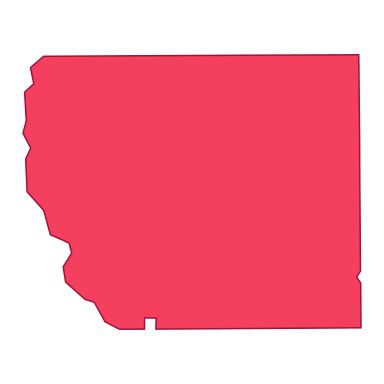 the district of Coosa, Alabama, United States of America
{"feature_id": "52423323B80267107041052", "entity_name": "Coosa", "entity_type": "district", "adm_level": 2, "iso_a3": "USA", "parent_name": "United States of America", "parent_adm1": "Alabama", "projection": "orthographic", "projection_center": [-86.325, 32.929], "detail": "fine", "context": "isolated", "style": "filled", "palette": "rose", "viewbox_px": 384, "rotation_deg": 0, "n_neighbors": 0, "source": "geoboundaries", "source_scale": "gbopen_adm2", "svg_char_len": 514}
<svg xmlns="http://www.w3.org/2000/svg" viewBox="0 0 384 384"><path d="M358.9,66.0L358.7,54.8L250.8,55.2L43.6,56.3L30.5,67.6L33.8,83.8L24.6,92.2L26.3,120.6L23.0,133.2L30.7,148.1L25.7,159.2L27.1,191.8L43.7,210.4L50.4,234.8L60.0,238.9L69.2,243.2L71.7,253.1L63.2,266.8L65.6,282.1L85.1,299.4L94.2,302.2L105.1,321.9L119.4,329.2L144.5,329.1L144.6,317.9L156.1,318.1L155.9,329.1L361.0,327.8L360.7,283.1L356.7,277.0L360.5,271.0L359.8,183.5L359.6,138.2L358.9,66.0Z" fill="#f43f5e" stroke="#9f1239" stroke-width="1.5"/></svg>